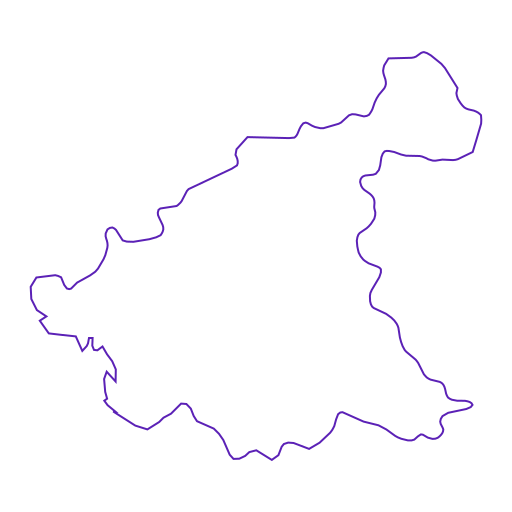 the border of Rieti
{"feature_id": "ITA-5424", "entity_name": "Rieti", "entity_type": "Province", "adm_level": 1, "iso_a3": "ITA", "parent_name": "Italy", "parent_adm1": "", "projection": "equal_earth", "projection_center": [13.027, 42.421], "detail": "fine", "context": "isolated", "style": "outline", "palette": "violet", "viewbox_px": 512, "rotation_deg": 0, "n_neighbors": 0, "source": "natural_earth", "source_scale": "10m", "svg_char_len": 3958}
<svg xmlns="http://www.w3.org/2000/svg" viewBox="0 0 512 512"><path d="M62.6,335.0L48.8,333.4L39.8,320.7L46.4,316.4L36.9,310.1L31.3,299.0L30.7,286.8L36.4,277.5L55.2,275.2L58.0,275.9L61.1,277.3L64.2,284.9L66.9,288.5L69.2,289.1L71.1,288.6L77.1,282.6L90.1,275.4L95.3,271.7L98.0,268.6L103.5,259.3L105.3,255.2L107.3,247.9L107.6,245.4L107.4,242.9L106.9,240.7L106.2,238.6L105.6,236.2L105.7,233.4L107.5,229.4L109.9,227.9L112.4,227.5L114.4,228.5L116.0,229.9L122.7,240.4L126.8,241.6L133.4,241.8L149.4,239.2L156.2,237.3L160.6,235.2L161.8,233.4L162.7,231.6L163.3,229.4L163.2,227.1L162.6,225.0L158.9,217.2L158.0,215.0L157.8,212.7L158.5,209.9L160.3,208.5L176.6,206.0L176.9,205.8L178.0,205.0L180.5,202.6L181.7,201.0L186.9,191.0L188.6,189.1L231.8,168.7L237.0,165.4L237.7,163.3L237.7,161.0L237.2,158.7L236.4,156.7L235.5,154.9L236.5,149.3L247.5,137.1L289.0,138.1L294.4,137.6L295.4,136.8L296.6,135.4L297.5,133.8L299.5,129.0L300.9,126.3L303.3,123.3L305.7,122.6L307.7,123.2L312.0,125.7L315.0,127.0L320.3,128.2L323.4,128.2L338.6,123.8L341.1,122.5L349.0,115.3L352.1,114.2L355.5,114.4L363.9,116.4L366.8,115.9L369.0,114.8L370.2,113.1L371.4,111.2L372.4,109.2L374.7,102.5L376.7,98.3L378.9,94.8L384.3,88.3L385.3,86.3L385.9,84.0L385.8,81.7L385.4,79.5L384.0,75.3L383.4,73.1L383.1,70.7L383.6,67.7L384.2,65.4L388.5,58.4L411.5,57.8L413.9,57.4L416.0,56.6L421.0,53.0L422.4,52.4L423.9,52.1L427.0,53.1L430.9,55.4L441.4,63.9L445.0,68.1L457.5,88.0L456.4,93.1L456.8,95.6L457.9,99.0L460.6,103.2L462.5,105.6L464.4,107.5L466.3,108.6L468.5,109.4L473.8,110.6L476.0,111.5L477.9,112.5L479.6,113.8L481.0,115.2L481.3,119.9L481.1,123.7L476.1,140.8L472.7,152.0L457.8,159.2L455.6,159.8L453.0,160.1L442.5,159.6L435.3,160.7L432.8,160.6L428.3,159.3L426.3,158.2L422.0,156.5L419.6,156.0L406.0,155.7L401.0,154.5L394.2,152.0L389.2,151.0L386.6,150.9L384.6,151.4L382.8,153.6L381.4,157.2L380.2,165.4L378.9,170.0L375.8,173.8L373.1,174.7L365.3,175.5L363.2,176.3L361.7,177.5L360.5,179.5L360.1,182.0L361.2,185.9L362.6,188.2L364.3,189.9L369.6,193.6L371.2,195.0L372.6,196.6L373.7,198.4L374.3,200.5L374.5,202.8L374.2,206.8L374.3,208.2L375.3,212.3L375.2,215.2L374.3,218.7L371.0,223.8L368.7,226.4L366.6,228.3L359.7,233.0L358.4,234.6L357.4,237.2L356.8,240.7L357.3,246.4L358.0,249.8L358.7,252.6L360.7,256.4L363.3,259.6L364.9,260.9L368.6,263.3L377.6,266.7L379.6,267.8L380.9,269.3L380.9,272.5L379.3,277.2L371.8,289.9L370.4,293.0L369.9,295.9L370.1,301.2L370.9,304.3L372.1,306.6L373.7,308.0L386.2,313.9L391.3,317.6L394.3,320.5L396.7,323.8L397.7,325.8L398.4,327.8L399.9,337.5L401.1,342.0L402.6,346.1L404.7,350.0L406.1,351.6L415.7,359.7L417.0,361.3L418.2,363.0L423.9,374.3L425.3,375.9L426.7,377.4L428.5,378.6L430.5,379.6L439.8,381.9L441.1,382.6L442.3,383.5L443.5,385.0L444.4,386.8L445.1,389.0L446.1,393.6L446.9,395.6L448.0,397.5L449.7,398.7L451.8,399.7L457.0,400.7L465.0,400.8L467.5,401.3L469.7,402.0L471.5,403.2L472.5,404.9L470.7,407.1L466.3,409.0L448.2,412.8L442.5,416.1L440.8,418.9L440.2,421.6L440.7,423.9L442.6,427.6L443.3,429.4L443.0,431.5L442.2,433.3L440.9,435.0L439.4,436.5L437.7,437.8L435.3,438.7L432.5,438.9L427.8,437.6L422.9,434.7L420.9,434.4L418.0,436.3L414.3,439.6L411.6,440.4L407.9,440.4L401.4,438.8L397.9,437.4L395.2,435.9L386.4,429.5L378.5,425.3L363.6,421.6L342.5,412.2L340.3,412.5L338.1,414.2L336.1,419.4L334.3,426.0L333.3,428.0L332.2,430.0L330.2,432.7L319.6,442.7L309.4,448.7L309.1,448.9L293.6,443.0L288.2,442.6L283.9,444.0L281.7,446.7L278.4,455.2L271.8,459.9L256.3,450.3L249.3,452.1L245.2,455.9L239.3,458.7L233.5,458.9L229.7,454.7L223.3,440.0L219.0,433.8L213.8,428.6L197.0,421.2L193.7,416.0L190.8,408.6L186.4,404.0L181.1,403.6L171.0,413.7L163.5,417.7L159.2,422.0L147.4,429.4L135.3,425.6L113.2,411.5L115.5,411.7L107.6,405.2L104.3,400.7L107.1,398.7L105.2,391.9L104.1,379.0L106.7,371.7L115.6,381.5L115.8,369.4L112.2,361.2L107.1,354.4L102.5,346.5L97.4,350.3L94.0,349.9L92.3,345.7L92.6,338.0L89.0,338.0L88.0,343.4L86.7,346.1L82.3,350.9L75.8,336.4L63.0,335.0L62.6,335.0Z" fill="none" stroke="#5b21b6" stroke-width="2"/></svg>